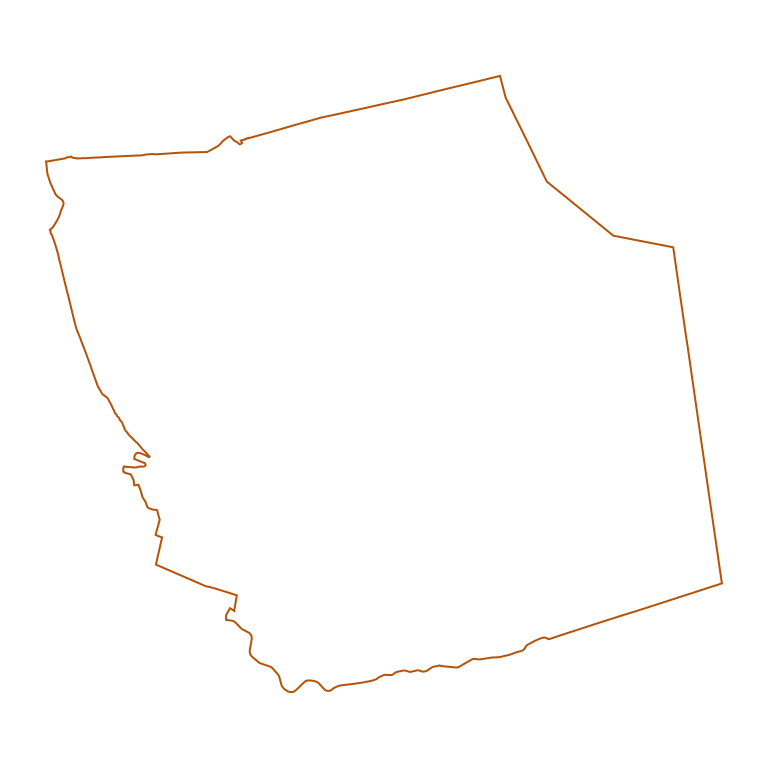 Gemert-Bakel, Noord-Brabant, Netherlands
{"feature_id": "6326949B55320992871196", "entity_name": "Gemert-Bakel", "entity_type": "district", "adm_level": 2, "iso_a3": "NLD", "parent_name": "Netherlands", "parent_adm1": "Noord-Brabant", "projection": "albers", "projection_center": [5.722, 51.541], "detail": "fine", "context": "isolated", "style": "outline", "palette": "amber", "viewbox_px": 768, "rotation_deg": 0, "n_neighbors": 0, "source": "geoboundaries", "source_scale": "gbopen_adm2", "svg_char_len": 5990}
<svg xmlns="http://www.w3.org/2000/svg" viewBox="0 0 768 768"><path d="M46.1,161.4L46.7,167.1L47.2,172.1L47.3,173.1L47.6,174.5L50.2,182.5L50.5,183.2L54.9,193.0L55.4,194.0L56.1,195.0L56.5,195.5L57.1,196.1L61.6,199.6L62.2,200.1L62.7,200.8L63.1,201.5L63.4,202.3L63.5,203.0L63.5,204.0L63.3,204.8L63.1,205.6L61.7,208.9L61.2,210.0L59.6,215.1L59.0,216.7L58.2,218.3L57.2,220.3L53.6,226.2L52.5,227.4L51.1,228.8L49.8,229.9L50.0,230.2L50.5,230.8L50.6,231.1L50.6,231.4L50.6,231.7L50.4,232.0L51.2,234.3L51.9,234.9L54.9,243.5L56.0,247.0L57.6,252.5L58.3,255.2L59.3,260.0L60.4,264.1L64.7,281.9L66.9,290.9L69.1,299.5L73.6,318.1L75.9,327.0L76.5,329.0L80.9,339.8L81.9,342.9L83.5,346.7L84.8,350.2L90.7,366.2L91.8,369.6L95.2,379.1L98.1,387.1L98.6,387.6L99.1,388.4L100.5,390.9L102.0,393.5L102.5,394.3L102.9,394.6L103.9,395.0L104.2,395.2L104.2,395.4L104.5,395.9L105.6,396.5L106.3,397.0L106.9,397.5L107.0,397.6L107.8,398.5L108.2,398.9L108.4,399.2L108.6,400.1L108.9,400.7L109.3,401.4L110.0,402.4L110.4,403.2L110.6,403.5L111.0,404.1L111.9,406.5L112.8,408.1L113.1,408.9L113.7,410.0L114.2,410.9L114.5,412.0L114.8,412.6L114.9,412.9L115.1,413.2L115.5,413.7L116.5,414.6L116.7,415.0L116.9,415.7L117.1,416.0L117.4,416.4L118.9,417.8L119.1,418.2L119.9,419.8L120.1,420.2L120.9,421.2L121.6,421.8L121.9,422.1L122.1,422.4L122.5,423.5L123.0,424.8L123.7,426.6L124.5,428.6L125.0,429.8L125.6,430.8L126.2,431.5L127.0,432.2L127.4,432.6L128.3,434.2L128.8,434.9L129.9,435.9L130.7,436.6L131.3,437.3L132.6,438.5L133.0,438.9L133.5,439.6L134.6,440.5L136.0,442.0L137.5,443.2L139.3,445.3L140.7,447.1L142.1,448.8L146.1,452.8L147.0,453.6L147.1,453.8L147.3,454.3L147.5,454.5L147.9,454.9L148.4,455.3L148.6,455.5L148.9,455.9L149.2,456.4L149.5,456.7L149.1,457.1L148.2,456.8L144.8,455.0L142.3,453.9L139.8,453.0L139.1,452.9L137.9,452.8L136.5,453.1L136.2,453.4L134.9,455.2L134.6,455.8L134.4,457.9L134.3,459.0L144.9,463.2L145.5,464.5L145.6,465.1L144.8,466.1L143.8,466.6L140.3,466.6L138.9,466.6L138.1,466.9L137.6,467.2L136.8,467.4L133.6,467.5L129.7,467.0L128.9,467.1L128.5,467.0L126.2,466.9L125.6,466.6L124.7,466.4L124.1,466.4L123.7,466.7L123.7,467.0L123.5,468.2L123.3,468.3L123.3,471.4L123.6,471.4L124.1,472.1L124.7,472.7L130.6,474.4L131.0,474.7L132.2,477.1L133.7,480.5L134.0,482.9L133.8,484.3L134.1,484.9L134.2,485.2L134.5,485.4L134.8,485.4L138.5,484.7L139.3,487.0L140.5,490.2L141.0,491.8L141.5,493.8L141.9,494.8L142.2,496.3L142.5,497.2L142.8,497.6L143.1,498.1L144.1,499.7L144.9,500.9L145.8,502.4L146.5,504.8L146.8,505.5L147.3,506.9L147.8,507.5L148.5,507.9L148.8,508.2L149.3,508.4L150.3,508.8L151.1,509.1L153.6,509.7L156.5,509.9L157.2,510.2L157.3,510.8L158.5,515.5L158.8,516.7L159.7,519.7L158.4,524.6L156.8,530.3L155.6,534.8L156.2,535.2L158.4,536.1L162.1,537.4L155.9,564.6L205.5,586.1L206.6,586.4L210.4,587.2L214.8,588.4L217.6,589.3L236.8,595.3L234.3,610.2L234.3,610.9L233.5,610.5L230.0,608.2L227.3,613.0L226.1,615.2L226.1,619.9L231.5,620.6L233.7,621.2L235.6,622.6L240.6,627.9L241.6,628.8L242.7,629.5L248.3,632.4L249.5,633.1L250.9,634.8L251.1,635.2L251.7,636.9L251.7,639.1L249.8,649.8L249.7,652.1L250.1,653.8L250.9,655.4L252.7,657.3L258.9,662.5L259.5,662.8L259.9,663.1L260.9,663.5L270.3,666.7L271.3,667.2L272.1,667.9L272.7,668.4L277.8,674.3L278.2,674.8L278.7,675.5L279.0,676.3L279.3,677.0L281.2,684.0L281.6,685.4L282.1,686.5L282.5,687.0L283.7,688.4L284.2,689.0L284.9,689.5L287.6,691.3L288.7,691.7L289.4,691.9L290.3,692.1L291.2,692.1L292.6,692.0L293.2,691.8L294.5,691.2L295.6,690.4L297.3,688.9L299.9,686.4L303.7,682.7L305.0,681.6L305.3,681.3L306.3,680.8L306.8,680.7L307.6,680.5L308.3,680.4L311.2,680.6L313.2,680.8L316.0,681.6L316.4,681.8L318.3,682.8L318.7,683.2L324.3,689.3L325.6,690.3L327.0,690.8L327.5,690.9L328.8,690.9L329.3,690.9L329.6,690.8L330.5,690.5L331.0,690.3L331.5,689.9L333.7,688.1L334.1,687.9L336.9,686.6L339.3,685.7L341.5,685.3L351.9,684.1L363.6,682.4L364.0,682.3L364.9,682.0L368.7,681.4L370.7,681.0L372.8,680.4L375.0,679.7L376.0,679.3L377.4,678.5L378.7,677.4L379.6,676.9L381.6,676.0L382.4,675.6L383.6,675.1L384.3,674.9L385.0,674.8L390.2,675.1L391.0,675.1L391.4,675.1L391.9,674.9L392.7,674.6L393.0,674.4L395.3,672.6L395.9,672.3L397.1,671.9L402.9,670.6L403.8,670.5L405.1,670.5L409.2,671.8L409.6,671.8L410.4,671.9L411.1,671.8L416.9,670.4L417.9,670.3L418.9,670.4L419.9,670.7L421.7,671.4L422.8,671.6L423.6,671.6L424.4,671.5L425.3,671.3L426.0,671.1L426.8,670.8L427.5,670.4L431.9,667.4L432.6,667.1L433.3,666.8L434.1,666.5L437.7,666.1L439.1,665.4L441.1,665.9L442.9,666.2L456.0,667.5L457.3,667.4L458.4,667.2L459.3,666.7L471.7,659.5L472.3,659.2L472.9,659.0L473.5,658.9L474.6,658.9L478.8,659.4L480.2,659.4L489.2,657.9L492.5,657.5L499.1,657.2L499.9,657.0L508.3,655.1L510.4,654.5L515.2,652.7L516.3,652.3L521.6,650.9L523.3,650.0L524.7,648.5L525.8,646.6L526.5,645.6L527.6,644.8L535.1,640.7L542.0,637.9L544.6,637.5L546.6,638.1L547.5,638.7L548.6,639.2L549.8,639.0L550.2,638.8L556.2,636.8L563.7,634.3L594.7,624.2L623.8,614.9L632.3,612.3L635.3,611.4L721.9,583.4L705.3,469.2L705.2,468.6L704.6,464.1L700.8,438.1L687.6,346.3L686.1,336.7L679.0,287.7L676.2,268.2L674.5,256.0L673.2,247.3L613.8,235.8L612.7,235.2L567.8,198.6L546.8,181.6L529.4,145.8L523.9,134.6L505.6,97.5L500.0,75.9L479.7,80.9L446.5,88.9L407.1,98.6L405.8,99.0L382.5,104.1L367.6,107.5L359.3,109.3L344.7,112.5L323.6,117.1L320.0,117.9L311.3,120.4L293.8,125.3L274.3,131.0L265.8,133.4L250.4,137.7L248.7,138.2L248.6,137.9L246.0,138.7L246.1,138.9L245.1,139.2L245.1,139.4L240.8,140.5L242.1,142.8L240.7,144.0L240.1,144.4L239.9,144.4L239.6,144.3L238.6,143.4L236.7,141.9L234.9,141.1L233.4,139.9L230.1,136.2L229.4,136.4L227.6,137.4L224.0,140.1L223.2,140.6L218.8,145.6L207.2,152.0L181.1,152.6L161.2,154.0L155.8,154.3L155.0,154.3L152.1,154.0L151.3,154.1L147.0,154.4L142.1,155.3L141.3,155.4L137.6,155.5L103.4,157.1L99.5,157.5L98.6,157.4L92.7,157.7L85.4,158.2L84.3,158.1L79.9,158.4L78.0,158.3L77.0,158.6L76.3,158.2L76.0,158.1L74.3,158.1L72.0,157.5L71.6,156.7L70.3,156.7L68.6,157.2L68.0,157.2L67.4,157.1L66.3,157.8L65.8,158.2L63.3,158.7L47.6,161.4L46.1,161.4Z" fill="none" stroke="#b45309" stroke-width="2"/></svg>